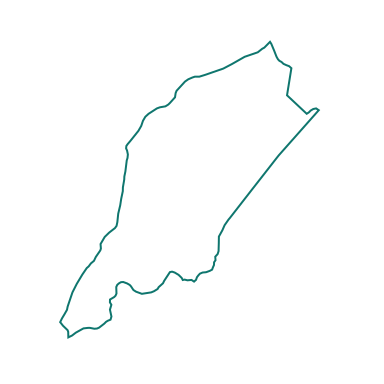 outline of Querência do Norte, Paraná, Brazil, rotated 6°
{"feature_id": "56859067B64295279901958", "entity_name": "Querência do Norte", "entity_type": "district", "adm_level": 2, "iso_a3": "BRA", "parent_name": "Brazil", "parent_adm1": "Paraná", "projection": "orthographic", "projection_center": [-53.558, -23.06], "detail": "fine", "context": "isolated", "style": "outline", "palette": "teal", "viewbox_px": 384, "rotation_deg": 6, "n_neighbors": 0, "source": "geoboundaries", "source_scale": "gbopen_adm2", "svg_char_len": 2056}
<svg xmlns="http://www.w3.org/2000/svg" viewBox="0 0 384 384"><g transform="rotate(6 192 192)"><path d="M167.9,292.1L168.8,290.1L172.7,285.8L173.6,283.3L178.4,274.0L180.5,273.3L183.2,273.9L187.3,275.8L190.7,278.5L192.0,280.5L193.8,279.9L196.7,280.3L200.7,279.5L203.4,280.9L205.2,278.9L205.8,276.3L207.0,274.3L208.4,272.4L210.9,271.0L214.4,270.3L217.9,268.6L220.1,267.1L220.7,264.7L221.5,262.3L221.3,259.6L222.5,257.4L221.9,253.9L224.0,251.0L224.6,248.0L224.0,240.1L223.4,233.5L226.2,226.9L227.9,221.6L231.2,215.6L232.3,214.0L251.9,182.5L256.9,174.5L272.4,149.7L274.5,146.4L309.5,97.4L306.7,95.9L303.9,96.8L301.5,98.6L299.9,100.6L297.9,102.2L276.4,85.9L277.9,58.5L275.4,56.7L272.6,56.0L269.6,55.0L267.4,53.3L265.2,52.4L263.6,51.0L261.9,48.6L258.9,42.8L255.4,36.4L253.9,34.5L248.8,40.9L246.9,42.2L242.8,46.2L230.3,52.0L218.3,60.6L210.2,66.0L199.3,71.1L194.0,73.6L192.2,74.4L187.3,76.5L182.8,77.0L180.4,78.1L176.5,80.3L173.5,82.9L166.1,92.9L165.4,95.3L165.2,99.6L160.7,105.8L159.3,107.5L156.6,109.6L151.3,111.1L148.4,112.5L140.6,118.8L137.7,122.1L135.8,126.3L134.6,131.6L132.3,136.8L125.4,147.6L123.0,151.1L121.9,153.1L121.9,155.5L123.1,157.6L124.3,161.4L124.3,164.9L123.8,167.4L123.6,178.6L123.1,183.7L123.3,186.5L123.2,188.4L122.8,194.6L123.1,198.4L122.3,206.2L122.0,212.7L120.9,221.2L120.9,229.8L120.5,233.6L119.1,236.0L117.0,238.0L113.8,241.1L109.9,245.8L106.5,253.3L107.3,257.8L106.9,259.7L103.1,266.7L101.7,270.7L98.9,273.6L97.0,276.8L95.3,278.6L91.6,285.5L87.0,295.4L83.6,304.3L81.3,314.5L80.3,319.0L80.0,322.2L78.0,326.8L75.9,331.3L74.5,335.2L77.7,338.5L82.7,342.4L83.5,344.0L84.2,349.5L87.7,347.3L91.2,344.0L98.3,339.0L102.8,338.0L104.7,337.8L109.2,338.2L111.8,337.7L113.8,336.6L118.5,332.1L120.1,330.1L121.8,328.8L124.3,327.5L124.9,324.3L122.7,317.6L123.6,312.6L121.9,310.3L121.7,307.5L125.6,304.6L126.8,303.1L127.5,300.9L126.6,294.4L127.4,292.1L129.1,290.3L130.8,289.1L133.0,288.7L137.0,289.7L139.7,290.9L141.1,292.1L144.0,295.6L146.8,297.0L152.8,298.5L161.9,296.1L164.5,294.7L167.9,292.1Z" fill="none" stroke="#0f766e" stroke-width="2"/></g></svg>